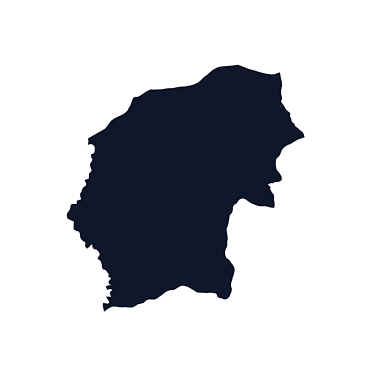 São Francisco de Sales, Minas Gerais, Brazil (Robinson projection), rotated 152°
{"feature_id": "56859067B34500113916882", "entity_name": "São Francisco de Sales", "entity_type": "district", "adm_level": 2, "iso_a3": "BRA", "parent_name": "Brazil", "parent_adm1": "Minas Gerais", "projection": "robinson", "projection_center": [-49.843, -19.775], "detail": "fine", "context": "isolated", "style": "filled", "palette": "ink", "viewbox_px": 384, "rotation_deg": 152, "n_neighbors": 0, "source": "geoboundaries", "source_scale": "gbopen_adm2", "svg_char_len": 4407}
<svg xmlns="http://www.w3.org/2000/svg" viewBox="0 0 384 384"><g transform="rotate(152 192 192)"><path d="M67.5,188.3L67.0,190.3L66.8,192.3L67.6,194.1L68.6,196.3L69.2,198.5L70.3,200.4L70.8,202.1L70.5,204.4L71.7,206.6L71.3,208.5L70.7,210.5L70.7,213.4L69.1,215.5L70.2,218.3L71.1,221.0L71.0,223.6L71.2,226.3L71.8,229.2L71.0,231.3L69.3,232.4L68.6,234.3L68.1,236.9L66.5,239.8L64.8,242.2L63.2,243.8L62.6,245.6L61.6,247.5L60.9,250.5L59.2,255.8L64.2,256.5L67.6,258.2L69.5,259.6L70.8,260.5L73.7,262.9L76.5,265.6L79.9,269.0L84.7,273.5L87.2,276.5L92.1,282.1L93.8,282.7L96.9,283.9L99.4,284.9L106.2,287.8L108.0,288.5L109.9,289.0L111.6,289.4L116.7,289.2L123.5,287.6L127.4,287.1L131.7,285.8L135.1,285.1L139.5,285.2L142.5,285.8L149.1,287.8L151.0,288.8L155.2,290.5L158.7,291.5L160.8,292.2L164.6,294.1L170.8,296.2L179.0,300.2L180.6,301.3L184.7,301.4L192.4,300.7L195.6,300.7L197.5,301.8L199.3,302.1L205.7,296.5L208.0,295.2L210.1,293.6L213.9,292.5L217.2,292.2L225.5,292.7L229.5,292.2L233.5,290.4L237.8,288.3L239.5,287.9L258.1,287.4L259.0,284.9L260.5,283.0L258.1,282.6L256.8,280.6L256.0,279.0L256.2,276.7L257.0,275.1L258.1,273.4L259.5,271.8L261.1,271.5L263.1,271.8L264.0,269.7L263.7,267.2L265.7,265.5L268.2,264.3L269.1,262.0L269.4,260.0L269.9,257.3L271.8,256.6L274.0,255.8L275.1,253.6L276.5,251.4L278.3,251.7L280.6,252.1L280.6,249.4L281.4,247.5L282.9,246.4L284.9,246.6L287.1,245.5L288.8,243.6L291.0,242.5L292.1,240.1L292.3,238.0L293.4,236.6L295.3,237.2L297.5,237.5L298.5,234.9L300.9,235.5L302.9,236.7L304.6,236.9L305.9,235.2L307.5,233.3L309.6,232.2L311.6,231.4L313.1,229.4L313.6,227.1L312.4,225.5L311.2,223.8L309.2,221.7L310.6,219.2L312.0,216.9L313.1,214.6L312.0,212.5L309.9,210.8L309.6,208.1L310.5,206.0L311.2,204.3L311.2,202.4L310.6,200.2L308.9,198.0L309.9,195.7L311.2,194.3L310.7,192.1L308.3,192.6L306.0,193.7L303.8,192.6L303.4,190.4L305.0,190.7L304.8,188.1L302.6,186.3L301.7,183.3L301.7,181.0L302.3,179.2L304.0,178.5L305.8,177.1L304.4,174.7L304.6,172.0L305.1,169.7L306.0,168.0L306.1,165.7L304.2,164.2L303.7,160.8L303.2,158.3L304.7,156.6L303.4,154.5L303.3,152.6L305.3,152.4L307.2,151.6L307.5,149.6L306.0,148.3L307.0,146.6L309.5,148.1L311.8,148.3L312.1,146.0L310.0,145.7L308.6,145.0L307.7,143.0L308.4,140.9L310.1,142.0L311.6,140.5L311.8,137.6L313.6,136.0L314.5,137.8L316.3,138.7L316.0,136.2L315.8,134.1L316.8,132.2L319.2,132.2L320.7,133.4L322.4,134.8L323.5,133.2L324.1,130.8L324.8,128.5L322.5,128.8L319.9,129.2L318.1,129.1L316.4,129.0L314.4,128.2L312.7,127.3L310.9,125.8L308.7,124.4L307.0,123.4L304.7,122.4L302.5,120.9L300.5,119.8L298.7,118.8L296.7,118.7L294.6,118.8L292.9,119.0L291.3,118.8L289.3,118.1L286.5,117.6L284.1,118.4L281.6,118.5L279.3,117.7L277.5,116.5L275.7,115.5L273.3,115.2L270.2,115.6L267.3,115.9L264.9,116.4L262.6,116.8L259.7,116.8L257.4,116.3L255.8,115.8L254.1,114.8L252.5,114.8L250.6,114.9L247.7,115.1L244.3,114.7L242.0,113.0L239.7,110.7L238.0,108.2L236.6,105.9L235.4,103.8L234.2,101.5L232.2,100.2L230.0,99.0L227.9,97.7L226.3,96.7L224.2,95.8L221.8,94.6L220.0,93.3L218.6,92.3L217.4,90.6L217.9,87.6L216.9,85.9L215.3,85.0L213.8,82.8L211.4,81.9L208.6,82.5L206.7,84.1L204.8,85.7L203.6,87.0L202.8,88.6L202.5,90.7L201.4,92.9L199.8,94.7L198.2,96.2L196.9,97.7L194.9,99.5L193.3,101.4L192.1,102.7L191.1,104.5L190.9,107.0L191.0,109.1L191.5,111.0L191.6,113.3L192.2,115.4L193.5,117.6L192.9,121.2L192.0,123.5L190.6,125.2L188.8,127.0L187.3,127.9L186.1,129.5L185.2,131.7L183.4,133.7L182.6,135.5L181.6,138.0L180.8,140.3L180.2,142.0L178.9,144.4L176.8,145.9L175.6,147.1L174.4,148.6L173.3,150.3L171.9,151.7L170.8,153.6L169.3,154.8L167.0,155.4L164.9,157.5L163.7,159.7L162.5,161.0L160.7,161.6L158.5,161.7L156.4,162.6L154.3,163.7L151.9,163.8L149.8,163.2L147.9,161.4L146.7,159.0L145.0,155.9L143.6,153.6L142.3,152.2L140.9,150.6L139.6,149.3L138.2,148.2L136.6,147.3L135.1,146.5L133.3,145.5L131.3,143.9L129.9,142.4L128.5,141.3L126.9,140.4L125.8,142.0L124.7,144.5L123.9,147.1L122.7,149.0L121.8,151.4L122.3,153.3L122.4,155.5L122.4,158.2L121.2,159.5L121.7,161.3L123.0,162.9L121.1,163.8L118.2,163.7L116.3,162.5L114.4,162.6L112.9,162.1L111.2,161.3L109.4,160.9L107.7,161.2L106.5,163.2L106.5,166.1L106.8,168.3L107.3,170.2L107.5,172.6L106.5,175.5L105.7,177.7L104.6,179.5L103.6,181.1L101.9,182.6L99.8,183.2L98.2,183.6L96.6,184.6L94.7,186.5L93.0,187.6L90.7,188.7L88.5,189.2L86.7,189.3L85.1,189.3L83.3,189.0L81.2,189.0L79.0,189.2L76.5,189.3L73.2,189.3L71.6,189.1L69.5,188.7L67.5,188.3Z" fill="#0f172a" stroke="#020617" stroke-width="1.5"/></g></svg>